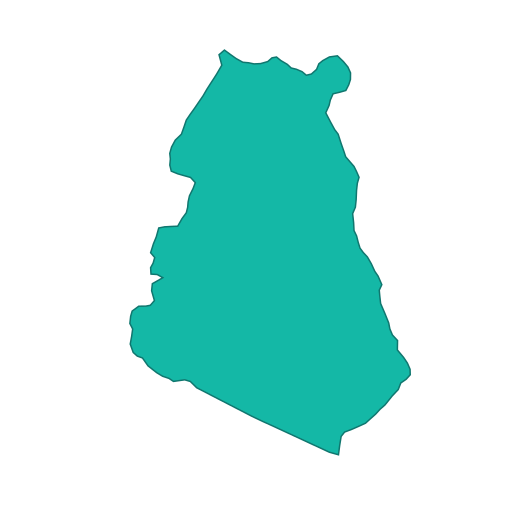 the district of Seropédica, Rio de Janeiro, Brazil, rotated 352°
{"feature_id": "56859067B7240640432543", "entity_name": "Seropédica", "entity_type": "district", "adm_level": 2, "iso_a3": "BRA", "parent_name": "Brazil", "parent_adm1": "Rio de Janeiro", "projection": "robinson", "projection_center": [-43.696, -22.752], "detail": "fine", "context": "isolated", "style": "filled", "palette": "teal", "viewbox_px": 512, "rotation_deg": 352, "n_neighbors": 0, "source": "geoboundaries", "source_scale": "gbopen_adm2", "svg_char_len": 2056}
<svg xmlns="http://www.w3.org/2000/svg" viewBox="0 0 512 512"><g transform="rotate(352 256 256)"><path d="M310.0,464.3L312.6,454.9L315.2,446.5L319.2,442.7L327.0,440.9L333.8,439.0L341.2,436.8L346.5,433.2L352.5,429.2L357.4,425.1L362.9,421.5L367.3,417.4L371.2,413.7L378.3,408.0L381.7,401.9L387.5,399.0L392.2,395.1L392.8,389.6L391.0,383.1L388.0,376.9L382.9,368.7L384.4,359.4L380.1,353.2L378.4,346.8L378.1,340.8L375.6,330.7L372.8,320.4L373.0,313.1L373.3,307.0L376.6,301.9L374.1,292.9L371.5,287.7L369.1,279.7L366.2,272.5L362.7,267.5L360.1,262.7L359.1,256.6L358.4,250.1L356.6,244.5L357.3,236.7L357.6,227.5L361.2,221.5L363.0,214.2L364.7,205.0L366.5,198.0L369.0,192.4L367.3,186.3L365.5,180.9L362.0,175.5L358.6,170.2L357.6,164.6L355.9,156.1L354.3,146.8L351.5,141.8L348.5,133.8L345.0,123.9L349.3,117.1L351.3,111.9L354.9,106.1L361.5,105.5L368.0,104.6L371.7,99.3L374.1,94.3L375.1,87.8L373.3,81.6L369.6,75.6L364.5,69.1L356.4,69.1L349.3,71.8L345.0,74.4L342.0,79.6L336.2,83.5L331.0,84.0L327.3,79.9L322.0,76.7L317.0,74.7L313.7,70.6L307.8,65.9L304.0,61.8L299.4,62.0L294.7,65.1L287.3,66.1L280.8,65.5L275.5,63.6L269.9,62.3L263.8,57.7L258.2,52.4L253.4,47.7L247.4,51.5L248.7,62.3L242.5,70.2L239.0,74.3L234.8,79.1L230.6,84.0L225.9,90.0L221.4,94.9L215.3,101.6L210.5,106.6L205.9,111.7L202.9,117.7L199.1,125.0L192.2,130.0L187.5,136.4L184.9,142.4L184.7,148.0L183.3,154.0L183.9,160.2L189.9,163.7L195.7,166.3L202.1,169.1L206.1,174.9L203.1,180.4L198.5,187.1L196.3,193.0L195.1,198.3L193.0,203.5L188.0,208.6L182.6,215.6L176.8,215.0L169.5,214.4L163.6,214.7L159.9,223.2L156.1,229.7L152.1,238.1L155.5,243.4L153.1,248.8L150.0,252.9L149.5,259.3L155.6,260.6L160.7,264.5L154.8,266.9L149.5,269.0L147.8,275.9L149.2,286.0L144.5,290.1L139.9,290.3L132.9,289.4L125.7,293.3L123.5,298.2L121.7,305.3L123.7,311.1L121.7,318.2L119.2,325.7L121.0,334.5L124.5,338.6L129.4,341.2L133.8,349.8L141.4,357.7L146.8,362.1L152.8,365.1L156.8,368.7L162.4,368.7L168.2,368.7L173.5,371.1L178.9,378.2L229.7,414.2L240.0,421.0L248.7,426.5L301.3,460.5L310.0,464.3Z" fill="#14b8a6" stroke="#0f766e" stroke-width="1.5"/></g></svg>